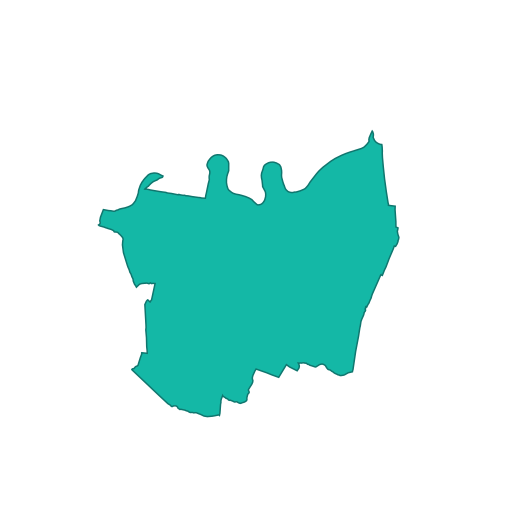 the district of Lalosu, Vâlcea, Romania, rotated 129°
{"feature_id": "2599482B21143876013392", "entity_name": "Lalosu", "entity_type": "district", "adm_level": 2, "iso_a3": "ROU", "parent_name": "Romania", "parent_adm1": "Vâlcea", "projection": "equal_earth", "projection_center": [24.059, 44.531], "detail": "fine", "context": "isolated", "style": "filled", "palette": "teal", "viewbox_px": 512, "rotation_deg": 129, "n_neighbors": 0, "source": "geoboundaries", "source_scale": "gbopen_adm2", "svg_char_len": 6115}
<svg xmlns="http://www.w3.org/2000/svg" viewBox="0 0 512 512"><g transform="rotate(129 256 256)"><path d="M422.3,281.1L422.5,280.7L422.6,279.5L425.3,244.5L426.2,231.6L425.8,228.6L426.1,227.4L426.0,226.8L425.8,226.4L424.2,225.6L423.0,224.1L422.7,223.2L422.7,222.5L422.8,221.9L423.2,221.3L423.3,220.9L423.2,218.6L422.4,217.9L420.5,214.2L420.2,212.8L419.5,211.5L419.4,210.2L419.2,209.2L418.9,208.5L417.5,206.8L417.1,205.7L415.8,204.4L415.3,203.6L414.6,201.2L414.0,199.5L413.1,195.7L411.4,192.7L408.0,189.2L406.2,187.6L403.1,185.1L402.9,184.7L402.9,184.1L400.9,185.1L393.6,190.2L391.9,191.1L390.7,192.1L388.9,193.0L385.4,194.1L385.8,193.3L385.6,192.2L385.4,190.6L385.5,189.8L385.0,188.5L384.9,187.9L385.2,186.8L384.7,185.6L384.3,185.4L383.4,182.7L383.2,181.6L382.9,180.7L381.7,179.6L381.3,179.0L381.1,177.3L380.5,175.6L380.0,175.1L378.9,174.5L377.0,173.2L375.9,172.7L374.4,172.3L373.3,172.7L372.1,173.8L368.7,175.4L367.1,175.3L366.3,175.5L365.6,176.3L365.3,177.1L364.9,177.6L364.1,177.9L358.2,178.6L356.1,179.2L354.8,180.0L353.9,181.3L353.0,182.2L350.9,183.2L346.0,184.5L343.8,184.8L339.9,173.9L338.5,169.2L336.0,162.0L321.3,164.0L321.1,160.1L319.3,151.8L316.0,152.1L314.5,152.9L313.8,153.6L313.2,154.5L312.6,155.8L312.0,154.9L311.1,154.1L310.8,153.5L309.5,152.3L308.7,151.3L308.6,150.8L307.6,149.3L307.7,148.2L307.6,147.6L307.1,146.8L307.0,145.4L306.1,143.2L305.1,140.5L304.6,139.7L300.5,138.3L299.7,137.8L298.5,136.8L298.0,136.0L297.7,135.0L297.5,133.9L297.6,132.8L298.4,130.8L298.8,128.8L298.7,128.3L297.9,126.5L297.9,124.7L297.6,123.0L297.7,122.2L297.5,120.6L296.9,118.5L296.8,117.6L296.0,116.0L296.0,115.4L295.2,114.5L293.4,112.9L292.6,112.4L288.8,110.9L285.3,108.2L284.0,108.9L283.5,109.0L267.3,118.6L253.7,125.9L246.5,130.1L244.8,130.9L240.9,133.2L238.3,134.1L234.5,135.1L233.0,135.7L231.8,136.4L230.2,136.4L229.7,136.6L229.2,136.7L228.9,137.0L228.9,137.3L228.6,137.8L228.3,137.8L227.9,138.1L227.0,138.0L226.9,138.2L226.8,138.6L226.4,138.8L226.0,138.8L225.8,138.6L225.7,137.9L223.2,138.5L221.6,138.6L219.1,139.4L215.8,140.2L215.7,140.4L212.6,141.6L192.0,147.2L191.7,147.1L191.9,146.6L191.6,145.6L186.2,147.3L182.7,148.1L174.3,150.9L164.1,153.8L161.2,154.8L160.7,153.6L157.7,154.0L155.3,154.8L154.9,155.3L153.8,155.5L152.0,156.4L151.5,156.8L149.8,159.5L147.7,161.9L146.7,162.2L144.8,163.3L145.4,165.5L141.2,169.0L132.6,177.0L129.7,179.2L133.2,184.8L133.2,185.1L132.6,185.4L131.5,186.9L124.2,195.0L115.2,204.6L106.6,213.2L99.9,219.7L96.5,222.7L95.0,223.8L92.2,226.3L91.0,227.5L90.2,228.4L91.2,230.0L91.8,232.3L92.0,234.4L91.6,236.6L90.1,239.6L88.2,240.8L87.2,241.7L86.0,243.5L85.8,244.3L88.8,243.6L92.7,242.5L94.4,241.6L95.9,240.2L99.4,240.1L103.1,240.5L104.3,240.9L106.2,241.8L116.0,248.3L119.9,250.7L123.8,252.8L130.3,255.8L135.3,257.5L144.8,259.8L148.1,260.3L150.6,260.6L154.0,260.7L164.2,260.5L168.5,260.0L171.3,260.1L172.9,260.3L174.3,260.9L177.5,262.6L181.1,265.1L182.2,266.4L183.6,267.4L184.5,268.6L185.0,269.5L185.5,270.7L185.8,271.9L185.6,274.2L185.3,275.3L184.6,276.7L183.3,278.7L183.1,279.2L182.9,279.9L182.6,280.0L181.7,281.5L178.8,285.5L177.2,287.0L175.1,288.5L173.4,290.0L172.4,291.2L171.2,292.7L170.7,294.0L170.5,294.7L170.3,295.1L170.4,296.1L170.9,298.7L171.8,301.0L172.6,302.2L174.1,303.8L175.3,304.7L176.2,305.2L178.4,306.1L180.1,306.5L181.8,306.3L184.4,305.1L188.0,303.8L190.0,302.6L191.8,300.9L193.4,298.9L196.9,295.4L197.9,294.5L200.1,289.4L200.6,288.7L201.8,287.4L203.8,285.9L206.7,284.6L207.8,284.3L208.8,284.2L210.1,284.1L211.6,284.3L212.3,284.5L213.1,284.9L214.5,286.0L215.0,286.6L215.4,287.3L215.4,288.3L215.2,292.0L214.8,294.7L215.3,297.8L216.4,301.5L217.9,305.2L219.1,307.8L220.6,310.5L221.6,313.1L221.9,314.8L221.9,317.9L221.9,318.6L221.5,320.0L220.8,321.1L219.4,323.1L217.6,325.1L215.1,327.1L212.7,328.6L210.2,329.7L206.9,330.9L201.3,335.4L200.2,336.7L199.6,338.2L198.9,340.5L198.8,342.1L198.9,344.4L199.4,346.3L199.9,347.3L200.7,348.5L201.6,349.7L202.7,350.7L203.9,351.6L205.6,352.3L207.5,352.8L209.5,352.9L212.2,352.8L213.1,352.6L215.0,351.9L216.1,351.4L216.9,350.5L217.7,349.0L218.6,346.2L219.1,345.5L219.7,344.8L220.6,344.1L221.7,343.5L223.3,342.7L225.0,341.4L225.8,340.5L226.9,339.9L229.8,338.6L238.3,334.2L240.4,333.2L243.0,331.7L245.2,334.8L245.8,336.2L246.6,337.3L250.0,342.9L252.0,346.6L253.3,348.4L253.7,349.6L254.0,350.1L254.4,350.4L255.0,351.3L256.5,354.0L256.6,354.7L256.7,354.8L257.4,354.9L260.7,361.2L262.6,364.2L263.2,365.5L263.2,365.9L265.6,369.8L268.8,375.4L271.2,379.7L271.8,381.1L273.2,383.6L273.9,384.2L274.0,384.5L271.2,384.1L270.0,383.8L269.3,383.5L268.7,383.6L265.8,383.3L263.4,382.8L261.9,382.2L259.1,380.7L257.4,380.3L256.4,380.0L254.0,378.4L253.4,378.3L252.4,378.6L253.0,381.0L253.4,383.3L253.9,384.7L254.8,386.3L255.8,387.6L258.2,389.7L259.7,390.4L260.9,390.8L265.6,391.2L268.2,391.2L269.5,391.0L270.1,391.1L273.8,390.4L278.2,388.8L279.4,388.2L281.1,387.1L284.4,385.8L288.0,384.7L289.0,384.4L292.4,384.3L294.3,384.5L296.8,385.5L298.6,386.5L301.2,388.2L303.6,390.2L305.6,391.7L306.9,392.2L308.5,393.4L309.4,393.6L310.3,394.2L310.9,394.9L312.2,397.3L313.4,399.0L316.0,403.8L323.7,401.3L327.0,399.5L327.8,398.4L328.6,397.7L329.6,397.5L331.0,397.9L331.1,397.0L330.7,395.8L329.1,392.2L328.7,390.8L328.2,389.6L327.8,388.4L326.5,385.3L325.9,382.6L326.0,382.3L326.4,381.7L326.4,381.2L325.1,379.3L324.7,378.3L324.7,377.6L325.0,376.7L324.8,376.0L325.0,375.3L325.0,374.5L325.5,371.7L325.9,370.7L326.7,369.7L328.0,369.1L331.4,366.8L336.9,361.0L344.2,350.1L345.3,348.3L346.5,345.9L347.9,343.9L348.8,341.6L350.2,339.4L351.2,337.2L352.8,335.5L354.4,332.6L354.9,330.7L355.5,329.3L351.5,328.8L350.8,328.5L349.6,327.7L348.4,326.6L347.8,325.9L347.4,325.6L347.0,325.0L346.3,324.5L345.6,323.5L344.9,321.7L344.5,321.5L343.3,321.2L343.2,320.9L343.3,320.1L343.1,319.7L342.2,319.0L340.9,317.1L355.9,309.5L356.5,309.6L358.4,309.4L358.2,312.3L358.2,312.5L358.3,312.6L359.1,312.7L360.2,312.7L363.7,311.8L378.6,298.3L380.8,296.4L382.8,295.1L388.4,289.7L395.2,283.9L398.2,280.9L400.1,279.3L403.4,284.4L403.3,283.4L407.5,282.0L415.3,278.9L416.0,279.0L417.2,279.7L418.1,280.0L420.2,280.0L421.5,281.0L421.9,281.1L422.3,281.1Z" fill="#14b8a6" stroke="#0f766e" stroke-width="1.5"/></g></svg>